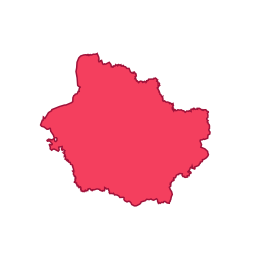 the district of Kanchanadit, Surat Thani, Thailand, rotated 332°
{"feature_id": "78962969B17156499788774", "entity_name": "Kanchanadit", "entity_type": "district", "adm_level": 2, "iso_a3": "THA", "parent_name": "Thailand", "parent_adm1": "Surat Thani", "projection": "orthographic", "projection_center": [99.537, 9.081], "detail": "fine", "context": "isolated", "style": "filled", "palette": "rose", "viewbox_px": 256, "rotation_deg": 332, "n_neighbors": 0, "source": "geoboundaries", "source_scale": "gbopen_adm2", "svg_char_len": 5850}
<svg xmlns="http://www.w3.org/2000/svg" viewBox="0 0 256 256"><g transform="rotate(332 128 128)"><path d="M127.3,212.5L129.1,213.8L129.5,213.1L130.9,212.4L131.3,211.7L132.0,211.4L134.0,209.0L135.9,207.5L136.6,204.8L136.4,202.5L136.7,199.7L138.4,199.4L138.9,198.6L138.6,197.9L139.5,197.6L139.4,196.6L140.5,196.6L141.5,195.7L143.9,195.8L144.3,195.5L143.9,194.7L144.5,194.4L144.9,193.5L146.0,194.1L147.1,193.8L148.5,192.4L150.7,192.4L150.9,192.8L151.4,192.4L152.5,192.5L154.4,194.0L153.6,195.1L153.7,196.6L154.7,196.9L154.6,197.5L155.2,198.4L157.5,199.2L158.0,198.0L159.5,198.8L161.0,197.0L162.1,197.5L162.6,197.2L162.8,196.7L161.9,195.0L160.5,195.3L160.3,194.8L163.0,193.7L164.0,192.6L164.9,192.2L165.4,193.1L166.7,191.7L166.2,194.0L167.6,195.5L168.3,194.9L168.1,194.1L168.7,193.7L172.1,194.2L173.3,194.0L174.3,193.2L175.1,193.1L175.9,192.1L177.5,192.5L178.1,192.2L178.9,190.9L179.6,191.3L182.6,191.2L184.8,190.5L185.9,189.8L186.6,189.1L186.7,187.7L187.3,186.0L186.1,182.5L183.3,179.1L185.1,177.3L185.5,173.3L186.2,172.6L188.2,173.3L189.4,173.2L190.3,174.0L193.6,174.4L195.3,171.8L197.4,171.7L198.5,170.1L198.3,168.1L198.7,167.1L199.6,166.8L201.0,164.3L201.2,163.0L200.8,161.8L201.2,160.6L200.8,159.8L202.2,159.1L201.6,157.7L201.8,156.9L202.1,156.5L203.4,156.2L204.6,154.2L205.0,152.4L206.3,151.8L206.5,151.2L205.6,150.1L205.3,148.4L203.6,147.6L203.0,147.8L202.7,147.0L202.0,147.2L200.3,144.2L198.4,143.2L198.1,144.0L197.5,143.4L196.4,143.3L194.9,141.9L195.7,142.0L195.5,141.5L195.0,141.4L194.1,142.1L193.8,141.5L192.3,141.1L191.5,143.0L190.2,141.4L189.4,141.8L187.9,140.6L185.9,141.0L185.3,139.0L184.1,138.1L183.6,137.0L181.9,136.4L180.6,135.3L179.3,135.5L178.1,134.9L177.7,134.6L178.2,134.0L177.9,133.6L177.4,133.8L177.3,133.3L177.1,133.8L176.6,133.7L176.3,134.1L176.1,132.2L176.4,132.3L176.7,131.3L177.3,131.1L176.9,130.5L178.5,129.6L178.3,129.0L178.8,128.7L179.2,127.5L177.8,127.6L177.9,126.9L176.9,126.1L176.9,125.4L176.4,125.2L176.6,125.7L176.2,125.8L176.1,124.6L175.1,123.6L173.9,123.2L173.0,121.2L172.6,121.3L172.2,120.8L171.8,120.9L171.6,120.5L171.7,119.4L172.3,119.2L172.8,117.8L172.5,117.4L173.4,116.4L172.9,116.4L172.5,115.9L172.6,114.0L172.1,113.3L172.5,112.1L172.3,110.7L172.8,110.4L172.7,107.1L173.2,106.8L172.8,106.3L174.5,105.7L174.7,104.5L175.5,105.3L176.0,105.2L175.8,104.7L176.7,103.4L176.5,102.8L175.6,102.5L176.1,100.9L175.4,100.2L176.5,99.4L176.1,99.2L176.3,98.1L175.7,96.8L175.0,96.9L174.3,96.3L173.6,96.8L169.1,94.6L168.1,95.4L166.7,95.0L166.3,95.7L165.5,96.1L165.6,95.7L164.6,95.0L164.6,94.7L163.5,95.0L163.1,94.3L162.3,94.5L162.2,93.4L161.1,92.5L159.2,92.4L159.0,92.9L158.6,92.9L158.3,90.7L157.6,90.5L158.0,88.1L157.3,87.7L158.4,86.9L158.4,86.1L159.7,86.0L160.4,84.0L160.0,83.8L160.2,83.1L159.5,82.1L159.8,81.6L158.7,81.2L158.3,82.0L157.4,81.4L156.5,79.6L156.9,75.9L154.8,74.7L154.6,72.9L153.1,71.5L153.3,70.0L152.7,70.9L151.6,70.6L151.5,69.8L151.1,69.7L151.4,68.8L150.3,68.7L149.6,67.6L148.2,68.2L148.1,67.2L146.8,67.0L146.8,66.4L145.5,67.1L144.3,66.4L144.1,67.0L143.2,67.2L142.6,66.2L142.1,66.1L142.7,63.9L142.3,61.2L138.5,61.1L137.6,60.9L137.5,60.4L136.0,60.2L135.8,59.1L136.4,55.9L135.3,55.7L135.3,56.2L133.5,56.0L133.4,55.5L134.0,54.0L134.7,53.7L135.4,51.7L135.7,48.0L135.2,48.3L134.9,47.7L133.6,47.5L132.1,46.6L129.8,46.3L129.1,45.6L128.7,45.7L128.8,45.4L127.9,45.3L127.6,44.9L127.3,45.1L127.2,44.6L126.8,44.9L126.6,44.3L125.8,44.4L125.5,43.7L123.1,42.7L120.0,42.2L117.5,43.0L113.9,46.0L110.9,50.8L108.6,53.7L106.6,59.9L103.6,66.7L103.8,67.8L104.9,69.0L104.9,69.6L104.0,69.8L102.4,71.6L102.1,72.7L101.2,72.3L99.2,73.9L97.2,73.4L96.6,73.9L95.3,74.0L93.6,75.4L91.6,78.8L89.9,79.1L84.2,78.6L82.6,77.9L77.6,76.9L69.4,76.0L68.7,76.8L65.0,77.1L59.1,80.6L58.1,80.0L58.7,78.9L58.5,78.5L56.7,81.2L56.0,80.9L52.2,84.3L52.5,85.9L54.4,87.8L55.9,91.1L57.0,91.6L58.7,91.5L59.2,91.9L58.3,94.5L58.8,99.3L58.3,101.6L58.7,102.3L60.2,103.0L60.4,103.8L59.4,105.6L57.9,106.1L57.2,105.2L57.8,103.1L57.6,102.6L55.4,102.8L52.7,100.6L50.7,100.9L50.7,101.8L52.4,102.5L53.0,103.2L53.7,106.2L53.3,107.0L52.7,107.1L51.4,105.7L50.7,105.8L50.4,108.4L49.5,109.9L50.2,111.8L51.9,111.5L53.1,112.1L55.5,115.7L56.9,115.1L57.8,112.4L61.2,113.4L61.0,114.0L59.5,115.2L59.2,116.1L59.5,116.7L60.1,116.1L60.5,116.2L61.6,118.4L60.5,118.8L60.7,119.6L59.9,120.1L59.3,119.8L59.9,121.5L59.6,122.6L59.2,122.5L59.3,123.1L58.8,122.9L58.5,123.2L59.0,123.3L59.2,124.3L57.9,126.0L59.2,126.8L59.4,127.1L58.6,127.6L58.9,128.4L59.4,128.0L60.1,128.5L59.6,129.9L59.9,130.7L60.8,131.3L60.3,133.1L61.4,134.4L61.4,135.7L61.0,135.9L60.6,138.9L59.8,139.9L60.0,140.4L58.9,140.1L59.2,141.7L58.4,142.6L58.0,143.6L58.3,144.8L58.0,145.4L58.8,146.0L58.6,147.1L58.1,148.1L57.7,147.7L57.6,148.2L56.9,148.8L56.8,150.0L55.7,150.1L55.2,150.8L56.3,151.7L56.2,152.4L56.7,152.6L56.2,153.5L56.2,154.6L56.5,154.8L56.0,155.1L56.9,156.0L56.5,156.5L56.9,157.0L56.7,157.6L57.5,157.9L57.9,157.9L58.2,157.5L58.4,157.7L58.3,158.5L58.0,158.5L58.3,158.9L57.9,158.7L57.9,159.7L57.3,160.2L57.6,160.5L57.2,161.6L57.7,161.8L57.9,162.6L58.6,162.6L59.3,163.6L61.0,162.9L61.2,163.9L61.6,163.6L63.1,164.3L63.5,163.6L64.3,163.5L64.4,163.1L65.9,163.6L66.1,165.2L67.0,165.6L66.7,165.8L66.9,166.5L68.7,166.3L69.2,166.7L72.0,167.2L74.2,169.0L73.9,169.5L75.1,171.1L76.2,171.4L76.1,171.7L76.9,171.7L77.4,172.3L78.2,171.9L79.4,169.7L79.9,170.8L80.2,170.7L80.4,171.8L82.0,172.3L81.6,175.8L81.1,176.1L81.2,177.4L82.6,177.9L83.2,178.6L84.5,178.8L84.7,180.8L85.8,181.2L87.1,182.3L88.0,183.8L88.2,185.5L91.4,187.0L91.8,187.7L90.9,189.1L90.9,190.5L92.4,192.8L93.8,192.9L95.0,193.6L95.5,195.6L95.4,197.3L97.0,199.7L98.8,200.6L102.1,200.7L103.5,200.5L105.0,199.4L109.1,200.3L111.0,199.7L113.1,201.2L115.0,201.5L115.7,202.8L116.8,203.8L120.0,203.9L120.3,205.2L119.7,206.7L119.5,208.7L120.4,208.4L120.9,209.6L122.8,209.4L124.1,210.4L125.2,209.8L126.3,210.3L127.3,212.5Z" fill="#f43f5e" stroke="#9f1239" stroke-width="1.5"/></g></svg>